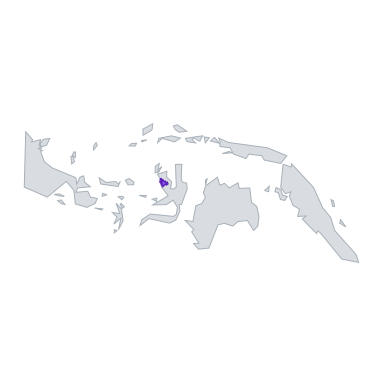 location of Konawe Utara, Sulawesi Tenggara, Indonesia, rotated 181°
{"feature_id": "22746128B68991025063444", "entity_name": "Konawe Utara", "entity_type": "district", "adm_level": 2, "iso_a3": "IDN", "parent_name": "Indonesia", "parent_adm1": "Sulawesi Tenggara", "projection": "natural_earth1", "projection_center": [122.267, -3.419], "detail": "medium", "context": "in_parent", "style": "filled", "palette": "violet", "viewbox_px": 384, "rotation_deg": 181, "n_neighbors": 0, "source": "geoboundaries", "source_scale": "gbopen_adm2", "svg_char_len": 5196}
<svg xmlns="http://www.w3.org/2000/svg" viewBox="0 0 384 384"><g transform="rotate(181 192 192)"><path d="M129.7,154.6L136.1,164.5L145.7,163.2L150.6,158.6L159.0,161.3L165.5,159.5L174.1,136.2L184.6,135.0L189.5,140.5L184.2,141.0L191.6,152.1L189.6,154.6L198.4,163.5L190.5,162.5L187.9,178.4L181.9,180.7L178.5,187.0L180.6,191.4L178.4,198.4L166.9,207.2L164.3,199.3L159.6,201.2L154.7,196.7L146.1,202.0L144.9,196.4L134.3,197.0L132.3,182.7L127.0,178.7L124.6,168.8L125.6,159.1L129.7,154.6ZM24.2,124.5L41.2,127.6L62.8,153.2L65.5,155.3L66.7,152.6L81.2,166.9L77.7,170.0L85.9,169.4L84.2,176.7L91.0,180.6L94.6,189.6L93.1,193.9L98.6,192.0L103.4,198.2L101.4,221.3L93.2,218.7L93.0,222.0L70.6,198.7L61.2,178.8L52.8,168.8L48.7,156.0L26.7,132.2L24.2,124.5ZM359.8,194.0L359.3,249.3L352.3,241.5L353.2,239.2L344.2,241.8L345.7,236.3L343.2,233.4L344.1,233.0L345.5,233.2L346.4,232.9L342.2,230.8L344.1,230.1L340.3,220.0L332.6,213.8L308.4,204.3L307.4,197.8L304.2,204.9L300.6,206.3L299.4,199.8L293.7,195.5L306.4,194.1L308.0,189.7L296.2,190.9L293.4,185.1L286.6,183.9L288.5,179.1L296.8,174.8L308.5,178.1L310.0,191.4L317.8,200.4L336.6,184.4L359.8,194.0ZM241.7,163.4L233.4,169.2L210.1,167.3L207.2,169.5L206.3,176.5L210.7,183.5L217.4,178.9L231.0,178.4L215.8,187.8L222.7,196.5L222.4,202.6L226.9,209.1L217.5,212.3L217.7,206.6L212.4,201.7L213.6,195.2L210.6,194.5L207.8,196.9L209.0,219.3L202.6,219.5L203.1,206.1L201.9,201.7L197.5,200.7L196.9,194.9L202.2,179.5L204.7,179.1L203.8,172.6L207.8,163.6L213.8,160.5L234.7,164.6L243.4,157.5L241.7,163.4ZM103.8,222.1L120.3,225.2L122.9,229.5L135.7,230.9L138.7,226.4L151.2,230.7L154.7,236.9L164.9,238.0L164.8,243.2L166.3,246.3L156.5,242.2L117.4,237.5L97.8,229.9L103.8,222.1ZM262.6,164.6L269.6,158.5L266.5,165.6L271.2,170.0L263.8,169.3L267.7,179.4L262.3,173.9L260.4,162.1L264.8,153.1L262.6,164.6ZM266.0,196.2L283.4,198.4L285.1,204.6L278.1,200.1L268.3,201.1L265.5,198.6L263.8,201.5L266.0,196.2ZM226.3,245.0L213.5,247.8L204.5,245.7L210.3,241.8L222.9,245.1L227.2,240.7L226.3,245.0ZM189.4,241.1L198.0,242.3L199.5,245.5L182.4,248.4L185.1,242.9L191.0,246.0L193.0,244.8L189.4,241.1ZM241.9,247.8L242.2,254.0L232.5,259.5L233.0,253.5L241.9,247.8ZM103.4,186.0L105.7,192.8L109.1,193.7L108.0,197.9L103.1,195.8L101.5,190.4L96.7,189.2L99.1,185.2L103.4,186.0ZM341.6,242.1L335.1,243.1L338.3,236.1L343.4,234.6L344.9,237.2L341.6,242.1ZM206.0,251.5L210.0,254.4L211.8,257.7L207.8,258.9L198.3,252.7L206.0,251.5ZM256.2,198.1L258.9,202.7L254.9,204.3L250.3,200.9L250.5,198.2L256.2,198.1ZM165.4,241.2L174.4,243.3L170.4,247.0L165.4,241.2ZM179.5,241.5L180.9,247.3L175.6,246.5L179.5,241.5ZM119.3,194.7L114.9,199.1L115.3,193.6L119.3,194.7ZM312.7,217.9L313.7,225.3L311.7,225.6L310.0,220.3L312.7,217.9ZM162.4,231.0L155.5,233.2L152.6,231.9L162.4,231.0ZM229.2,210.5L229.2,217.1L225.2,219.9L226.8,211.1L229.2,210.5ZM37.5,159.7L43.8,163.5L42.9,167.0L37.5,159.7ZM52.8,186.9L50.4,185.5L49.2,180.1L51.1,179.9L52.8,186.9ZM288.8,239.8L287.4,237.1L291.2,232.3L291.0,236.6L288.8,239.8ZM281.9,172.4L289.1,174.3L281.0,173.6L281.9,172.4ZM238.3,185.9L244.8,187.8L237.6,187.6L238.3,185.9ZM226.1,213.7L222.6,217.0L225.7,211.1L226.1,213.7ZM318.8,177.4L322.5,178.0L326.1,181.1L322.7,181.8L318.8,177.4ZM255.7,237.0L253.3,239.4L248.3,239.7L249.6,236.9L255.7,237.0ZM312.4,226.6L310.8,230.0L309.1,229.9L309.3,224.4L312.4,226.6ZM265.7,185.9L261.4,186.5L260.1,185.3L262.0,183.1L265.7,185.9ZM319.5,185.3L324.8,185.9L329.9,187.1L325.0,187.9L319.5,185.3ZM227.2,181.9L231.6,184.1L227.1,185.3L227.2,181.9ZM269.1,152.9L266.2,152.3L269.0,149.8L269.1,152.9ZM237.9,243.3L242.9,241.3L243.4,242.6L237.9,243.3ZM281.9,186.2L281.1,189.2L277.3,187.7L279.2,186.8L281.9,186.2ZM178.8,203.8L176.9,205.9L178.5,199.4L178.8,203.8ZM261.4,174.5L263.7,178.7L262.8,179.3L259.4,176.1L261.4,174.5Z" fill="#d9dde1" stroke="#a8b0b8" stroke-width="1"/><path d="M216.9,201.1L217.1,200.7L217.7,200.9L218.0,200.9L218.1,201.0L218.1,201.3L218.5,201.5L218.8,201.4L218.9,202.0L219.0,202.3L219.5,202.1L219.9,202.1L220.5,202.3L220.8,202.6L220.9,202.8L220.9,203.2L221.1,203.4L221.6,203.4L221.6,203.7L221.8,203.8L222.1,203.6L222.5,203.8L222.6,204.2L222.8,204.4L222.8,204.7L223.0,204.8L223.1,204.7L223.6,204.7L223.7,204.4L223.9,204.4L224.0,204.3L223.8,203.7L223.5,203.7L223.4,203.5L223.2,203.7L222.7,203.2L222.3,203.0L222.0,202.5L222.0,202.1L222.5,202.1L222.5,201.9L222.4,201.9L222.5,201.7L222.5,201.9L222.5,202.0L222.6,201.5L222.3,201.5L222.6,201.4L222.6,201.5L222.7,201.3L222.6,201.0L222.4,200.9L222.3,200.6L222.5,200.7L222.5,200.4L222.8,200.6L222.9,200.8L223.0,200.8L223.1,201.0L223.2,201.3L223.3,201.2L223.4,200.8L223.2,200.5L223.0,200.4L222.8,200.4L222.7,200.4L222.7,200.0L222.8,199.6L222.7,199.5L222.7,199.3L222.7,199.2L222.8,198.7L222.6,198.5L222.1,198.5L221.8,198.0L221.8,197.6L221.3,197.4L221.1,197.0L219.1,199.3L218.8,199.4L218.7,199.3L218.1,199.2L217.9,198.7L217.5,198.7L217.2,199.0L216.3,199.6L216.3,200.1L216.9,201.1ZM223.9,201.4L223.6,200.9L223.5,200.7L223.4,201.1L223.6,201.5L223.8,201.6L223.7,201.4L223.8,201.5L223.9,201.4ZM222.9,201.8L222.7,201.8L222.6,202.2L222.6,202.3L222.8,202.2L222.9,202.3L223.2,202.2L223.1,201.9L222.9,201.8ZM223.4,201.3L223.5,201.2L223.4,201.2L223.4,201.3ZM224.1,201.5L224.1,201.4L224.1,201.5Z" fill="#8b5cf6" stroke="#5b21b6" stroke-width="1.5"/></g></svg>